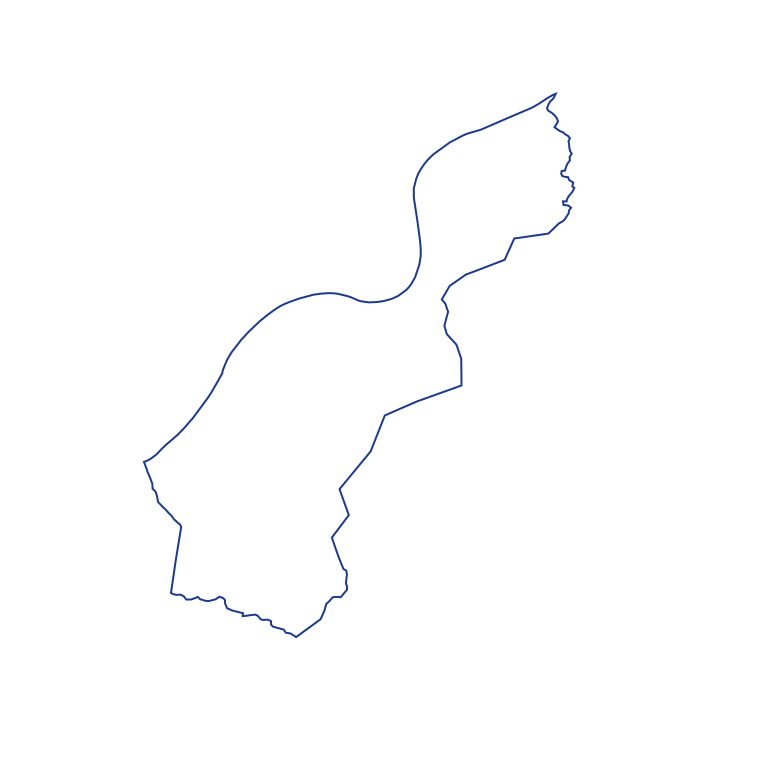 outline of Simões, Piauí, Brazil, rotated 243°
{"feature_id": "56859067B70847117060702", "entity_name": "Simões", "entity_type": "district", "adm_level": 2, "iso_a3": "BRA", "parent_name": "Brazil", "parent_adm1": "Piauí", "projection": "equal_earth", "projection_center": [-40.73, -7.705], "detail": "fine", "context": "isolated", "style": "outline", "palette": "blue", "viewbox_px": 768, "rotation_deg": 243, "n_neighbors": 0, "source": "geoboundaries", "source_scale": "gbopen_adm2", "svg_char_len": 3033}
<svg xmlns="http://www.w3.org/2000/svg" viewBox="0 0 768 768"><g transform="rotate(243 384 384)"><path d="M198.4,190.8L203.2,220.7L208.8,227.7L214.2,232.7L215.3,236.7L217.3,241.5L215.2,246.4L213.7,248.7L215.8,253.6L217.4,257.5L220.3,259.2L223.5,259.5L226.0,261.1L228.7,262.8L231.1,264.6L235.0,265.6L237.5,263.9L249.4,264.9L259.4,266.2L270.9,267.9L277.1,280.7L283.1,293.1L292.4,294.3L310.5,296.6L315.1,307.2L330.0,341.5L350.8,365.0L355.6,370.4L354.7,386.2L353.5,405.5L349.9,433.7L347.5,452.3L350.9,454.1L371.5,464.3L381.3,465.7L386.0,466.4L394.2,464.2L399.9,462.6L408.4,464.2L414.3,469.4L419.2,473.9L427.8,475.1L433.1,473.9L441.6,487.1L444.3,506.6L441.6,531.6L439.9,548.0L443.3,552.1L447.7,557.7L454.5,566.1L443.4,598.8L444.8,603.3L446.3,608.2L447.7,612.7L447.8,617.1L448.8,620.1L450.8,623.5L452.3,626.1L454.6,627.6L456.2,630.7L459.5,629.1L462.0,625.2L465.5,626.4L463.8,629.5L465.8,631.3L467.5,633.9L469.7,639.1L472.3,642.6L474.5,641.5L477.6,644.0L481.8,641.5L484.7,641.9L486.4,639.3L488.5,637.2L491.1,637.4L493.1,639.1L492.0,642.1L494.6,644.6L497.0,647.4L498.8,651.1L502.1,652.5L504.0,655.8L507.1,655.6L510.4,656.4L513.9,657.9L516.5,658.6L518.5,661.2L521.5,660.6L524.1,658.9L527.1,657.7L529.1,655.8L532.5,653.9L535.4,652.5L537.2,655.6L539.0,658.3L542.0,658.6L545.8,658.1L549.8,656.4L552.7,654.6L555.5,654.3L558.4,657.4L560.1,660.0L561.6,664.7L564.6,668.7L564.9,665.2L564.5,659.3L563.4,649.2L563.0,641.4L564.9,613.4L566.6,585.9L569.3,571.4L569.6,566.2L569.5,560.8L569.4,557.4L569.4,552.5L567.5,540.5L566.2,532.1L563.8,524.5L561.7,519.8L558.6,514.2L555.7,509.8L552.1,505.8L544.7,499.3L536.3,495.1L514.8,488.0L494.8,481.0L486.3,477.4L481.2,474.7L474.1,469.5L465.1,460.3L460.7,453.7L459.0,450.2L457.7,446.7L456.1,436.8L456.3,430.1L457.1,425.7L457.9,422.1L459.2,417.7L461.1,413.0L463.6,407.6L468.1,401.1L470.6,398.6L473.8,396.0L476.2,394.0L478.3,392.0L482.3,387.4L486.0,382.9L489.0,378.1L490.6,374.8L493.0,369.1L495.6,361.7L497.3,353.5L498.2,349.5L499.0,344.9L500.0,336.6L500.4,332.1L500.5,327.7L500.3,324.3L499.6,318.5L498.6,312.6L497.9,309.1L496.4,302.0L492.0,287.2L488.1,276.7L481.4,262.5L477.9,256.9L476.2,254.5L474.0,251.9L469.8,247.0L466.8,244.5L464.3,240.7L462.5,238.2L454.7,226.1L451.4,220.3L440.4,198.2L435.0,184.7L432.4,176.9L428.6,161.5L427.4,157.4L424.6,149.4L423.4,142.8L423.1,138.8L423.6,134.8L416.6,134.0L412.7,133.4L406.4,133.0L400.1,132.2L395.8,130.3L391.7,131.6L388.0,131.0L385.3,130.3L381.7,129.1L374.7,131.1L371.6,132.3L368.1,133.2L362.5,135.0L359.1,135.4L354.3,137.1L351.8,138.4L348.7,138.4L321.3,118.3L294.5,99.3L292.0,101.2L290.2,103.6L288.7,107.1L285.5,109.3L281.8,109.9L279.5,114.4L279.1,118.2L278.8,121.4L275.9,122.4L273.9,124.4L271.8,126.6L270.2,129.2L268.6,136.2L269.2,140.7L266.3,143.5L263.5,144.2L260.8,142.8L255.5,142.4L251.2,145.8L249.4,147.9L243.8,154.3L241.4,152.7L240.1,155.7L238.6,160.4L236.8,164.9L234.5,166.4L230.5,167.2L228.5,169.4L226.9,173.4L224.0,175.7L220.8,174.1L218.1,175.0L214.6,178.8L210.7,183.2L207.1,183.5L204.1,187.5L198.4,190.8Z" fill="none" stroke="#1e3a8a" stroke-width="2"/></g></svg>